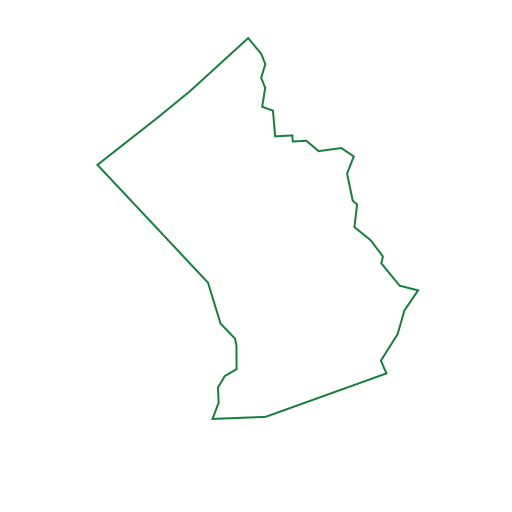 Marion, Kentucky, United States of America, rotated 227°
{"feature_id": "52423323B50933714814706", "entity_name": "Marion", "entity_type": "district", "adm_level": 2, "iso_a3": "USA", "parent_name": "United States of America", "parent_adm1": "Kentucky", "projection": "orthographic", "projection_center": [-85.281, 37.571], "detail": "fine", "context": "isolated", "style": "outline", "palette": "green", "viewbox_px": 512, "rotation_deg": 227, "n_neighbors": 0, "source": "geoboundaries", "source_scale": "gbopen_adm2", "svg_char_len": 668}
<svg xmlns="http://www.w3.org/2000/svg" viewBox="0 0 512 512"><g transform="rotate(227 256 256)"><path d="M166.5,113.1L131.9,153.2L81.2,271.3L94.3,276.0L102.2,306.1L115.0,327.5L120.3,351.1L136.3,340.8L165.1,342.6L169.1,348.5L189.3,350.6L210.0,347.7L224.7,365.0L230.5,364.5L254.2,378.8L262.1,395.4L276.8,392.0L290.0,373.3L305.9,371.4L314.7,361.0L319.4,364.8L330.4,351.6L350.7,367.5L360.9,362.3L372.7,377.4L382.8,381.3L389.9,393.6L400.2,397.7L420.7,398.9L421.6,320.0L424.2,279.5L430.8,202.2L334.1,202.5L269.2,202.7L230.8,184.0L209.9,184.3L203.7,180.5L186.5,164.6L189.5,151.2L185.7,138.5L174.2,128.6L166.5,113.1Z" fill="none" stroke="#15803d" stroke-width="2"/></g></svg>